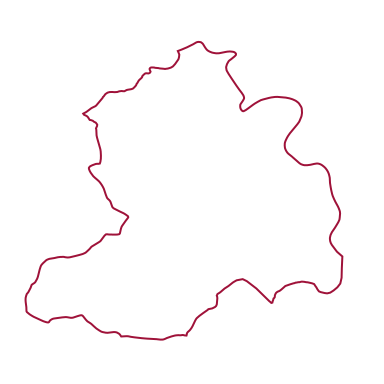 Deorali, Geylegphug, Bhutan (Equal Earth projection), rotated 275°
{"feature_id": "84629894B5669247756527", "entity_name": "Deorali", "entity_type": "district", "adm_level": 2, "iso_a3": "BTN", "parent_name": "Bhutan", "parent_adm1": "Geylegphug", "projection": "equal_earth", "projection_center": [89.877, 26.79], "detail": "fine", "context": "isolated", "style": "outline", "palette": "rose", "viewbox_px": 384, "rotation_deg": 275, "n_neighbors": 0, "source": "geoboundaries", "source_scale": "gbopen_adm2", "svg_char_len": 5912}
<svg xmlns="http://www.w3.org/2000/svg" viewBox="0 0 384 384"><g transform="rotate(275 192 192)"><path d="M260.6,76.8L259.6,77.6L258.5,80.5L257.6,81.7L254.9,83.8L254.8,85.1L254.3,87.0L253.5,88.1L252.7,90.1L250.9,91.7L249.5,91.7L247.0,90.8L246.3,91.1L245.3,91.3L240.1,92.0L238.1,92.6L236.2,93.3L228.4,96.3L226.5,97.0L224.5,97.5L220.3,98.1L217.1,98.3L214.1,98.1L212.3,97.7L212.0,96.7L211.8,94.8L211.5,93.6L210.0,90.4L209.4,89.4L208.8,88.4L208.0,87.7L207.1,87.2L206.1,87.3L204.2,88.2L202.4,89.4L199.1,92.3L197.7,94.1L195.7,96.9L194.3,98.7L192.7,100.2L191.0,101.6L189.3,102.8L187.5,103.9L181.7,106.4L178.9,107.8L178.1,108.5L176.7,110.3L175.9,111.1L175.0,111.7L170.2,113.9L169.4,114.7L168.8,115.6L167.9,117.8L166.1,122.3L164.9,125.6L164.4,126.7L163.3,128.7L162.2,130.4L161.3,130.7L160.4,130.3L157.6,128.5L152.1,125.3L151.2,124.9L149.2,124.4L144.6,123.8L143.7,123.3L143.4,122.4L143.1,121.2L142.8,118.8L142.4,112.5L142.5,111.2L142.3,110.0L141.6,109.3L140.8,108.6L135.3,105.2L134.5,104.4L133.8,103.5L130.4,98.9L129.1,97.1L128.3,96.3L126.5,95.1L124.0,92.9L122.4,91.4L121.8,90.5L120.7,88.5L119.4,85.1L118.2,81.7L116.3,76.0L116.1,74.9L115.9,73.7L116.0,71.2L116.2,70.0L116.1,68.8L115.8,66.4L115.3,64.0L114.2,60.6L113.0,55.8L112.5,54.7L112.0,53.7L111.4,52.8L108.1,49.8L106.4,48.5L105.4,48.0L104.5,47.7L101.4,47.0L94.4,45.9L92.4,45.4L91.4,45.0L88.5,43.7L87.7,43.0L86.3,41.2L85.6,40.4L84.6,40.1L82.6,39.6L80.6,38.8L77.8,37.6L76.0,36.3L74.0,35.8L72.0,35.5L69.9,35.6L67.9,35.9L62.9,37.0L58.8,37.5L58.0,38.0L56.0,40.9L54.9,43.0L53.9,45.1L51.1,52.9L50.3,55.2L49.7,57.7L49.5,58.9L49.5,60.1L50.0,60.9L51.4,61.6L52.2,62.4L52.9,63.3L53.5,64.3L53.9,65.4L55.8,73.7L56.4,77.2L56.4,78.5L56.1,82.1L56.2,83.3L56.5,84.5L58.4,88.9L59.3,91.2L59.6,92.4L59.4,93.5L58.8,94.3L55.5,97.4L54.0,99.1L53.5,100.1L52.4,102.2L51.8,103.2L49.7,105.9L47.7,108.6L46.0,111.7L45.0,113.8L44.7,115.0L44.3,118.6L44.4,120.3L45.6,126.0L45.7,127.0L45.7,128.2L45.5,129.4L45.0,130.5L44.5,131.6L43.8,132.5L41.9,134.1L42.6,138.9L42.7,140.1L42.7,141.3L42.4,143.7L42.2,147.4L42.0,154.7L42.0,159.6L42.3,169.4L42.2,173.1L42.3,174.3L42.4,175.5L42.7,176.6L43.2,177.7L44.4,179.8L46.3,184.1L47.5,187.4L47.8,188.6L48.2,190.9L48.2,191.9L48.3,193.4L48.7,194.9L48.7,196.0L48.5,197.1L48.5,199.0L49.4,199.2L50.4,199.2L51.3,199.5L52.1,200.0L53.7,201.5L54.6,202.2L56.4,203.3L58.3,204.2L64.2,206.4L66.1,207.3L66.9,207.9L69.3,210.2L72.3,213.6L75.9,217.9L76.7,218.5L77.8,222.3L79.4,224.9L80.6,226.0L82.3,226.5L88.4,226.5L89.9,226.2L90.9,225.7L92.6,226.3L94.0,228.2L94.8,229.1L98.7,232.9L99.4,233.8L100.8,235.6L101.5,236.5L105.3,240.5L106.0,241.4L107.9,244.1L109.6,250.1L108.0,254.3L101.5,264.5L90.0,278.5L89.4,279.4L88.4,280.7L88.8,281.7L90.3,281.9L91.1,282.2L93.0,282.5L93.7,283.2L94.5,283.6L96.4,283.6L98.2,284.2L99.0,284.7L99.7,285.4L100.4,286.4L100.8,287.3L101.4,288.2L102.8,289.7L106.5,293.2L108.7,298.1L109.9,301.1L110.2,302.2L110.7,303.0L110.9,304.1L111.4,305.7L111.5,306.8L112.2,308.8L112.3,309.8L112.3,311.5L112.1,313.6L112.1,315.2L111.5,319.6L110.9,321.7L108.6,323.5L108.0,324.1L105.9,325.5L104.1,327.1L103.5,328.9L102.9,333.0L102.8,335.5L103.8,338.5L106.3,341.7L109.7,345.1L113.7,347.7L119.6,348.5L129.2,347.9L140.9,347.4L145.0,341.8L145.8,341.0L151.5,335.9L153.3,334.7L155.2,333.9L157.2,333.5L158.2,333.4L159.3,333.5L161.3,333.8L164.2,334.9L168.8,337.5L171.6,338.9L174.5,340.3L176.4,341.0L177.4,341.3L179.4,341.4L183.5,341.4L185.5,341.0L186.5,340.6L188.4,339.7L190.2,338.7L194.7,335.7L197.4,334.1L200.2,332.6L202.1,331.8L206.1,330.5L209.0,329.7L213.0,328.7L218.1,328.0L220.1,327.4L222.0,326.7L223.9,325.7L225.6,324.5L227.3,323.0L228.0,322.2L228.7,321.3L230.0,319.3L230.5,318.3L230.9,317.2L231.2,316.0L231.3,314.8L231.2,313.6L230.6,311.2L229.5,307.8L229.2,306.6L228.7,304.2L228.6,303.0L228.5,301.8L228.6,300.6L228.9,299.3L229.2,298.2L229.7,297.2L230.3,296.2L236.4,287.9L238.3,285.0L239.0,284.1L239.8,283.3L241.5,282.0L243.4,281.0L244.3,280.7L246.4,280.3L248.4,280.2L249.4,280.3L251.4,280.8L254.3,281.9L256.2,282.8L259.0,284.4L268.7,291.1L271.4,292.7L276.4,294.3L277.4,294.5L280.4,294.7L284.5,294.1L285.4,293.8L286.4,293.3L289.0,291.3L289.8,290.6L290.5,289.7L291.7,287.8L292.2,286.7L293.0,284.4L293.3,283.3L293.8,280.9L294.2,277.2L294.2,269.9L294.2,268.7L293.9,266.3L293.1,262.7L292.4,260.4L290.4,254.8L289.5,252.6L287.6,249.7L285.6,246.9L284.2,245.2L280.5,241.0L278.2,238.3L277.6,237.3L277.0,236.4L277.0,235.4L277.5,234.6L278.3,233.8L279.2,233.2L280.2,232.8L281.1,232.6L282.2,232.5L283.2,232.5L284.1,232.9L286.9,234.5L288.8,235.4L289.8,235.7L290.8,235.6L292.7,234.8L295.2,232.8L297.7,230.5L301.8,227.0L308.6,221.5L312.8,218.2L315.5,216.3L316.4,215.8L318.4,215.3L319.4,215.1L322.4,215.7L325.3,217.0L326.1,217.6L327.6,219.3L330.7,222.5L331.5,223.2L332.4,223.8L333.4,223.8L334.2,223.2L334.9,222.2L335.2,221.1L335.3,219.8L335.3,217.4L334.9,215.0L334.6,213.8L332.6,206.9L332.3,204.5L332.3,203.2L332.5,200.8L332.7,199.6L333.4,197.3L333.9,196.2L334.4,195.2L335.1,194.3L335.9,193.5L337.6,192.1L340.2,190.2L341.0,189.4L342.0,187.8L342.1,186.6L342.1,185.3L341.8,184.1L341.3,183.1L339.3,180.3L335.7,174.4L333.0,169.3L331.2,165.6L329.4,166.6L327.7,167.4L325.0,167.3L323.0,166.9L318.0,164.0L315.5,162.1L314.3,160.5L313.8,159.5L313.0,157.5L312.7,156.5L312.5,155.4L312.2,154.4L312.3,153.3L312.3,148.9L312.5,147.8L312.5,144.4L312.7,143.5L312.6,141.2L312.4,140.2L311.8,139.4L310.9,139.0L310.0,139.3L308.3,140.2L307.4,139.9L306.7,139.2L306.3,138.2L306.3,135.9L305.9,134.9L305.2,134.2L304.5,133.5L302.9,132.3L302.1,132.3L301.3,131.8L299.1,129.8L298.3,129.2L295.7,128.0L294.9,127.4L294.0,127.2L293.1,126.8L291.5,125.6L290.0,124.3L289.5,123.4L289.1,122.4L288.3,119.2L287.9,118.0L286.5,115.9L286.4,114.4L286.5,113.3L286.1,111.3L285.7,110.1L285.2,109.1L285.0,108.1L284.7,106.1L284.7,104.1L284.4,101.3L283.6,99.2L282.0,97.2L279.4,95.6L278.8,95.0L277.9,94.7L277.0,94.1L269.9,89.1L269.1,88.3L267.3,85.3L266.7,84.4L262.9,80.2L262.2,79.3L260.6,76.8Z" fill="none" stroke="#9f1239" stroke-width="2"/></g></svg>